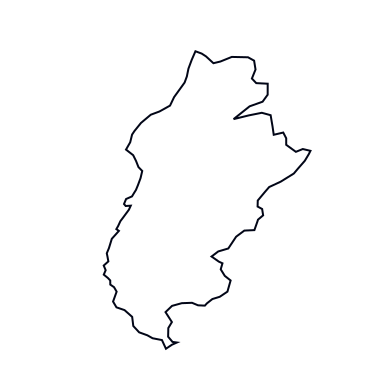 Axylou, Paphos, Cyprus (Equal Earth projection), rotated 230°
{"feature_id": "46923920B14417206276385", "entity_name": "Axylou", "entity_type": "district", "adm_level": 2, "iso_a3": "CYP", "parent_name": "Cyprus", "parent_adm1": "Paphos", "projection": "equal_earth", "projection_center": [32.554, 34.805], "detail": "fine", "context": "isolated", "style": "outline", "palette": "ink", "viewbox_px": 384, "rotation_deg": 230, "n_neighbors": 0, "source": "geoboundaries", "source_scale": "gbopen_adm2", "svg_char_len": 1624}
<svg xmlns="http://www.w3.org/2000/svg" viewBox="0 0 384 384"><g transform="rotate(230 192 192)"><path d="M96.7,128.8L97.1,131.9L96.9,138.8L93.9,145.9L92.9,155.1L99.4,164.7L106.7,163.2L114.3,164.3L117.8,169.5L121.4,167.8L130.0,165.5L129.6,173.9L125.4,183.5L129.4,197.1L128.8,207.3L122.7,215.3L127.2,222.9L128.4,224.8L128.4,231.5L133.9,234.8L138.7,232.9L143.2,236.9L145.1,247.5L146.2,254.3L142.9,266.6L140.7,281.9L141.8,288.2L143.4,298.5L146.0,306.0L147.4,309.2L153.7,304.5L156.0,297.4L167.6,294.5L172.6,298.7L178.9,300.1L183.3,291.4L190.4,295.8L200.3,301.6L207.8,296.4L214.1,284.9L221.1,270.7L220.6,291.2L215.8,304.1L217.9,312.5L226.3,319.6L234.1,311.2L240.4,310.8L245.0,319.4L252.7,324.0L259.2,321.5L269.9,309.3L273.7,297.6L276.9,291.2L286.9,289.9L291.8,288.4L296.9,285.5L297.6,285.1L293.4,276.7L288.8,268.6L283.8,262.3L280.6,256.7L276.2,239.3L272.3,230.7L274.6,218.8L277.7,210.1L277.7,197.3L275.7,187.1L274.5,183.0L269.8,176.6L266.9,168.7L258.0,170.6L251.8,169.1L245.5,167.0L240.1,167.4L235.7,161.5L232.0,155.0L229.6,150.4L228.4,146.7L227.2,143.2L229.0,137.0L226.5,132.2L223.9,132.2L220.9,136.3L219.0,132.3L216.8,123.2L215.7,118.4L213.4,113.5L212.2,110.2L209.2,111.0L208.7,107.6L207.7,100.5L202.4,92.3L199.8,87.3L196.8,85.7L192.6,83.3L192.4,77.1L187.6,75.6L185.4,71.3L180.2,72.3L176.8,72.5L173.6,69.9L169.2,71.1L164.1,70.2L158.8,61.1L152.2,60.0L144.9,64.4L134.8,65.9L127.1,60.9L118.5,61.3L110.9,65.7L105.3,67.8L97.9,73.8L88.7,71.3L87.9,78.5L86.4,83.7L89.7,80.7L96.5,80.7L103.0,86.4L105.3,93.0L117.0,94.5L117.6,103.5L113.4,112.7L107.1,120.8L101.3,123.8L96.7,128.8Z" fill="none" stroke="#020617" stroke-width="2"/></g></svg>